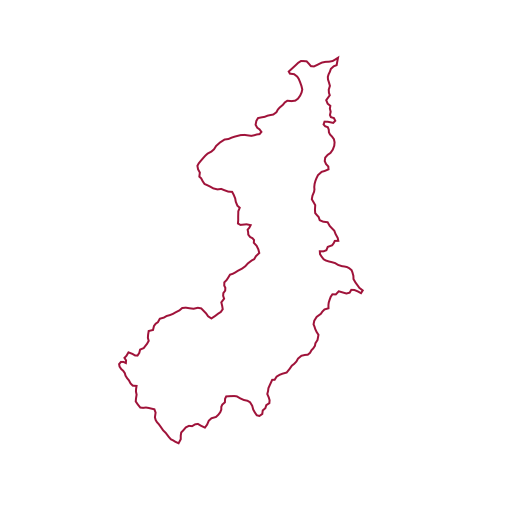 Bom Jesus do Galho, Minas Gerais, Brazil, rotated 54°
{"feature_id": "56859067B85920776118835", "entity_name": "Bom Jesus do Galho", "entity_type": "district", "adm_level": 2, "iso_a3": "BRA", "parent_name": "Brazil", "parent_adm1": "Minas Gerais", "projection": "mercator", "projection_center": [-42.364, -19.729], "detail": "fine", "context": "isolated", "style": "outline", "palette": "rose", "viewbox_px": 512, "rotation_deg": 54, "n_neighbors": 0, "source": "geoboundaries", "source_scale": "gbopen_adm2", "svg_char_len": 4933}
<svg xmlns="http://www.w3.org/2000/svg" viewBox="0 0 512 512"><g transform="rotate(54 256 256)"><path d="M228.5,146.4L226.1,144.9L222.8,145.3L219.6,144.6L217.1,142.2L216.3,138.6L216.4,135.2L215.1,131.4L212.8,127.9L210.2,125.6L207.3,124.3L204.1,124.3L201.2,124.7L198.8,124.3L196.6,122.9L194.0,122.2L191.7,123.8L189.3,124.0L187.6,121.6L189.6,119.0L191.8,117.0L193.7,115.3L193.2,112.4L190.2,111.9L187.7,113.8L185.4,113.3L183.2,110.8L180.2,109.6L178.2,107.6L174.9,108.5L171.2,107.6L170.1,104.2L169.3,101.8L166.9,101.1L164.2,99.4L161.8,96.2L158.3,94.9L155.5,94.0L153.3,92.6L151.7,90.5L150.4,88.0L148.6,85.4L148.2,81.6L149.0,78.6L146.5,76.0L143.8,73.1L143.6,76.7L143.3,79.4L141.8,82.6L139.7,85.8L138.3,88.9L137.8,91.5L137.4,94.1L136.7,97.7L134.7,100.0L131.7,100.2L128.3,100.6L126.4,102.8L124.7,105.0L124.5,108.3L125.0,112.0L125.5,116.4L126.0,121.1L128.4,121.4L131.3,118.3L135.1,117.2L137.7,117.3L141.1,118.1L145.2,119.3L148.5,120.7L150.5,123.0L152.2,126.0L153.4,129.6L153.4,132.9L151.6,136.2L148.8,139.4L148.7,142.4L149.5,145.4L149.8,149.6L150.4,152.3L151.7,155.0L151.7,158.9L150.3,161.8L149.3,164.1L148.5,167.2L147.0,170.2L145.6,173.3L146.9,176.3L149.6,179.2L153.0,179.6L155.6,178.7L158.8,178.7L159.5,181.5L158.2,183.8L157.3,186.4L156.1,189.1L154.2,191.1L151.4,194.0L149.2,197.3L148.0,200.3L146.9,203.1L145.9,206.2L145.2,209.4L143.3,213.0L143.0,218.4L143.5,223.5L145.0,227.3L145.3,230.8L144.7,234.9L145.0,237.8L145.6,240.7L146.5,244.5L147.4,247.9L148.6,250.4L151.8,251.9L155.5,252.4L158.5,255.2L160.9,254.7L164.3,255.2L167.5,255.3L169.9,253.9L172.9,252.3L176.2,250.8L179.5,248.0L181.3,244.7L183.9,243.1L187.6,240.6L190.1,237.6L193.5,238.1L197.2,239.0L200.3,240.5L204.4,241.5L207.4,240.8L209.4,244.0L211.5,245.6L213.7,247.3L216.5,249.3L219.1,251.5L221.7,250.3L224.8,245.0L227.9,242.2L229.2,244.8L229.8,247.3L232.0,248.3L234.2,249.7L237.2,249.6L239.5,248.4L241.9,248.2L244.0,250.0L248.1,249.5L252.0,250.2L255.5,251.6L256.1,256.2L257.5,259.3L257.1,261.9L257.2,266.9L258.0,270.7L258.0,274.7L257.3,279.4L257.1,282.7L256.7,285.4L255.8,288.0L257.2,291.3L258.2,294.0L258.7,297.1L261.3,299.1L263.7,299.5L265.9,301.3L266.8,304.2L268.9,306.0L271.8,306.9L273.1,311.3L276.5,312.7L279.5,314.2L280.6,317.4L280.4,320.4L280.5,324.3L280.3,328.8L276.6,330.2L273.2,330.1L269.7,330.6L266.2,331.1L263.7,333.5L262.0,337.5L259.4,340.3L256.5,343.2L254.7,346.3L255.0,349.9L254.3,354.3L254.0,357.2L253.2,360.4L252.0,363.6L251.7,366.7L250.2,370.7L251.9,374.3L251.8,376.9L252.6,379.6L255.3,382.8L253.6,386.9L256.3,389.6L258.7,391.6L261.6,392.7L263.0,395.8L263.7,398.3L264.5,401.0L263.6,404.8L265.8,407.4L266.9,410.4L265.4,412.3L262.6,413.5L259.0,415.8L260.6,419.5L261.1,422.3L264.1,422.5L266.1,424.2L263.9,425.4L262.3,427.5L263.0,430.3L265.3,431.4L268.2,431.5L270.9,430.9L273.7,431.0L276.1,431.9L279.1,432.1L281.9,431.9L285.4,432.4L288.5,431.9L290.9,429.0L293.1,431.2L295.1,432.8L298.0,434.1L300.8,436.9L303.0,438.8L306.6,438.9L310.6,438.7L312.5,436.6L313.9,434.1L315.8,432.2L317.9,430.4L320.3,428.3L323.7,429.3L327.1,432.6L329.8,433.6L332.3,433.8L334.8,433.5L338.3,433.5L342.5,433.6L346.1,433.0L351.3,432.9L354.3,432.6L356.5,431.4L358.8,430.5L362.0,428.7L360.0,424.6L357.0,422.4L354.8,420.2L354.3,417.3L353.4,413.5L354.0,410.1L356.1,407.7L356.4,404.2L357.7,401.7L361.0,400.3L364.8,398.2L363.7,394.7L361.5,391.0L361.1,387.4L362.7,383.0L362.3,379.8L361.4,376.8L359.9,374.4L357.6,372.7L356.4,370.6L356.1,367.2L353.3,364.9L352.1,362.6L354.4,359.0L356.6,355.8L358.3,354.0L361.8,352.5L365.3,350.5L368.1,348.0L370.8,346.8L374.9,347.1L378.6,348.5L381.9,348.9L385.3,349.0L387.4,347.3L387.5,343.8L384.9,341.3L384.6,337.9L382.7,335.3L382.9,331.7L380.7,329.8L377.9,328.8L374.3,328.0L372.4,325.7L370.2,323.6L368.4,320.5L366.9,317.8L365.7,315.7L367.1,313.7L365.7,310.2L366.0,306.7L366.8,303.7L368.3,299.7L367.1,295.2L365.8,291.5L365.7,288.5L365.1,285.3L363.7,282.3L363.4,277.9L364.8,274.6L366.3,272.1L366.1,269.2L364.8,266.4L364.4,264.0L363.3,261.1L361.5,259.2L360.1,255.6L356.5,251.8L353.0,251.6L349.9,251.0L347.5,250.2L345.1,249.6L342.6,246.9L340.9,242.7L340.9,237.5L340.0,235.0L339.5,232.0L340.9,228.1L338.2,226.2L336.4,224.5L334.7,222.2L332.9,219.5L331.9,216.7L334.0,214.0L333.2,209.8L336.8,207.0L339.5,204.9L340.7,201.8L339.4,198.8L341.3,196.4L344.4,194.5L347.8,192.9L346.6,189.9L342.6,191.1L339.0,191.1L335.8,191.1L332.0,190.7L329.3,188.9L325.9,187.6L323.6,187.0L320.6,187.8L318.4,188.9L316.4,190.7L314.7,192.5L311.5,194.8L308.2,196.2L305.4,198.4L303.2,200.3L300.6,202.2L298.4,203.2L294.9,203.3L292.1,203.1L289.7,201.6L291.9,198.7L292.7,195.7L290.8,192.6L292.1,188.1L291.3,185.6L290.1,183.4L292.1,180.5L289.5,179.3L284.9,178.7L281.6,177.8L278.8,178.2L275.1,178.7L270.8,178.2L267.7,181.5L264.5,183.4L261.2,182.4L258.8,182.7L256.1,182.9L253.2,181.1L249.7,178.2L246.1,177.8L242.9,177.5L240.4,174.9L238.2,171.3L236.5,169.6L234.4,168.3L232.1,166.2L230.1,163.7L228.7,161.5L227.0,158.3L226.5,153.4L227.6,150.4L228.5,146.4Z" fill="none" stroke="#9f1239" stroke-width="2"/></g></svg>